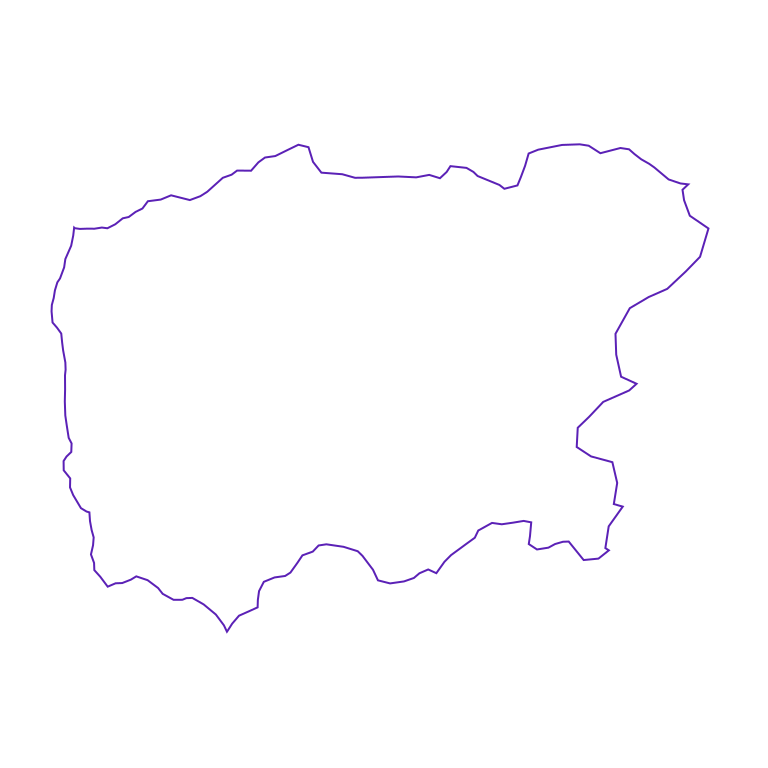 Pentakomo, Limassol, Cyprus, rotated 88°
{"feature_id": "46923920B26636173869632", "entity_name": "Pentakomo", "entity_type": "district", "adm_level": 2, "iso_a3": "CYP", "parent_name": "Cyprus", "parent_adm1": "Limassol", "projection": "mercator", "projection_center": [33.252, 34.733], "detail": "fine", "context": "isolated", "style": "outline", "palette": "violet", "viewbox_px": 768, "rotation_deg": 88, "n_neighbors": 0, "source": "geoboundaries", "source_scale": "gbopen_adm2", "svg_char_len": 2554}
<svg xmlns="http://www.w3.org/2000/svg" viewBox="0 0 768 768"><g transform="rotate(88 384 384)"><path d="M195.1,73.0L193.9,80.8L189.5,92.4L177.0,106.3L173.2,111.3L168.4,119.1L163.0,125.6L158.0,130.9L156.4,139.5L160.9,159.7L153.0,171.1L151.3,180.0L151.3,197.7L155.2,221.7L158.7,231.4L170.9,235.4L182.0,240.0L190.2,243.7L193.1,256.9L189.1,261.7L179.4,283.2L175.2,287.2L170.9,294.0L168.6,310.0L174.3,314.0L180.3,320.9L176.6,331.5L178.6,344.6L177.1,362.6L177.1,373.5L177.1,384.1L177.1,398.1L176.9,405.8L172.9,418.4L170.6,439.2L159.5,447.2L144.7,451.2L141.9,461.2L147.0,472.7L152.4,484.7L153.5,495.0L158.1,501.8L166.2,509.4L165.8,518.2L165.6,523.4L169.5,529.0L172.3,537.9L185.7,553.9L189.9,561.0L193.4,571.6L188.0,590.2L191.9,600.7L193.1,613.6L200.2,619.3L203.3,626.2L208.2,633.3L209.3,639.3L215.0,647.0L218.7,655.0L217.8,660.5L218.7,667.9L218.4,675.6L218.4,682.5L217.5,687.6L216.9,688.2L224.8,689.4L234.9,691.8L242.4,695.4L248.0,698.1L256.3,699.6L267.2,704.1L271.0,706.9L278.9,709.6L286.6,711.1L293.4,713.2L299.8,713.7L311.0,713.1L316.2,708.9L322.3,704.8L331.5,704.2L339.2,703.5L351.4,701.7L358.6,701.7L364.2,702.5L378.2,702.9L390.4,703.6L404.4,703.6L414.3,702.5L426.8,701.0L432.5,698.3L441.0,698.9L445.4,703.8L449.8,706.9L459.1,707.1L467.4,700.9L476.4,701.4L484.2,698.5L497.5,691.2L501.1,685.7L502.0,682.9L510.8,682.6L519.7,681.3L527.2,679.5L535.0,680.4L544.1,682.8L552.7,680.0L559.9,680.0L566.7,674.3L576.9,667.2L573.8,659.2L573.8,652.6L570.7,643.8L567.6,638.3L571.8,627.1L580.0,616.9L586.0,612.5L592.3,601.9L592.6,593.0L591.1,589.0L591.1,583.0L598.0,571.9L608.5,560.1L619.6,552.4L626.1,549.6L625.3,549.0L618.2,544.1L610.5,537.0L605.9,525.6L602.8,518.1L595.4,517.6L586.6,516.1L577.5,511.0L573.5,500.1L572.4,489.5L569.2,484.1L559.6,476.7L552.4,471.5L549.0,461.0L543.1,455.0L542.2,447.2L545.3,430.1L550.2,416.1L555.0,411.5L566.4,403.5L569.2,401.5L580.0,396.9L583.5,384.9L582.0,370.9L578.9,360.9L574.4,355.2L570.9,346.3L574.9,338.3L563.8,329.8L557.3,322.9L550.7,313.2L547.0,307.8L540.8,298.6L533.7,294.9L526.6,280.9L528.3,271.2L527.1,260.0L525.7,249.2L527.4,241.7L541.1,243.4L549.0,244.9L554.7,236.9L553.3,225.4L549.9,218.6L547.9,210.6L547.9,204.9L566.9,190.6L566.0,175.9L565.8,175.5L558.1,165.1L555.7,168.5L534.1,164.4L514.9,149.7L512.0,158.5L491.0,154.4L470.1,158.5L463.6,179.6L453.7,193.6L434.5,191.9L424.0,180.2L409.5,165.5L399.0,139.2L392.6,131.6L385.0,146.8L362.8,150.9L341.9,150.9L316.8,135.7L306.3,116.4L298.8,97.6L281.9,78.3L267.9,63.7L239.9,54.3L226.5,72.5L210.8,77.7L200.3,78.9L195.1,73.0Z" fill="none" stroke="#5b21b6" stroke-width="2"/></g></svg>